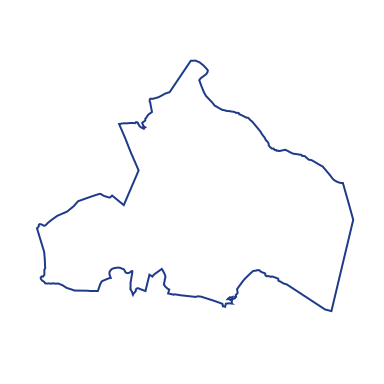 the district of Lagunillas, Michoacán, Mexico, rotated 85°
{"feature_id": "50627088B97893950433241", "entity_name": "Lagunillas", "entity_type": "district", "adm_level": 2, "iso_a3": "MEX", "parent_name": "Mexico", "parent_adm1": "Michoacán", "projection": "orthographic", "projection_center": [-101.412, 19.573], "detail": "fine", "context": "isolated", "style": "outline", "palette": "blue", "viewbox_px": 384, "rotation_deg": 85, "n_neighbors": 0, "source": "geoboundaries", "source_scale": "gbopen_adm2", "svg_char_len": 5914}
<svg xmlns="http://www.w3.org/2000/svg" viewBox="0 0 384 384"><g transform="rotate(85 192 192)"><path d="M214.6,349.6L238.8,344.5L245.8,344.5L255.1,344.9L256.7,345.9L259.8,346.1L261.9,346.4L263.4,348.0L263.0,349.1L264.0,350.2L265.4,350.1L267.1,349.1L268.6,347.1L270.2,346.2L270.6,344.0L270.6,342.4L271.0,340.6L270.9,338.9L271.1,337.2L271.5,335.8L271.5,333.3L273.5,329.3L275.7,326.4L276.6,325.3L277.7,322.6L279.0,319.6L279.9,317.8L280.9,308.2L281.3,304.0L281.7,302.7L282.1,298.2L282.4,294.4L275.5,291.3L273.0,289.5L270.6,282.0L270.6,280.5L269.1,280.8L267.2,281.3L265.9,281.4L264.2,281.0L263.0,280.0L262.1,279.1L261.6,278.1L261.1,276.5L261.0,275.0L260.9,273.6L260.9,272.0L261.0,271.2L261.5,270.0L262.0,268.8L262.8,267.2L263.4,266.4L264.1,266.1L264.8,265.8L265.9,265.4L266.5,264.9L266.9,264.3L267.2,263.4L267.2,262.4L266.9,261.3L266.0,259.8L265.7,259.2L265.5,258.8L265.6,258.4L266.0,258.3L268.6,258.9L277.7,261.3L279.1,261.2L280.4,261.5L282.7,261.6L283.3,261.9L284.0,261.5L287.3,260.1L288.8,260.0L289.3,259.8L288.7,259.5L288.2,259.1L287.8,258.7L287.0,257.9L286.2,256.9L285.4,256.6L284.4,256.5L283.8,256.0L283.5,255.7L283.2,255.1L283.2,254.7L283.2,254.3L283.2,254.0L283.3,253.6L283.7,253.1L286.6,247.0L270.7,241.6L272.8,238.8L271.7,237.9L270.7,236.7L266.6,229.8L266.0,228.8L267.6,228.0L270.5,226.7L272.3,226.2L273.3,225.9L273.9,225.9L274.5,225.9L275.0,226.0L275.6,226.4L276.8,226.7L277.1,226.8L278.9,227.2L279.4,227.4L281.5,228.0L281.8,228.1L282.0,227.7L282.5,227.6L283.9,226.9L285.0,225.8L285.8,225.1L286.7,224.0L287.0,223.6L287.2,223.2L287.6,223.4L291.0,224.6L292.6,219.5L292.4,219.4L292.6,218.4L292.5,217.7L293.8,212.7L296.8,197.7L296.4,195.0L296.7,193.9L297.0,192.2L302.3,179.5L306.0,171.5L308.3,171.2L308.1,170.8L308.6,170.6L309.2,169.0L306.2,168.0L306.1,165.0L306.6,162.0L306.4,162.2L302.5,161.5L301.6,158.7L301.4,158.3L300.2,158.2L300.2,157.2L298.4,157.3L296.7,155.4L292.6,155.5L286.7,150.4L283.6,147.5L280.0,143.2L276.5,138.7L276.2,138.2L276.0,137.5L275.9,136.3L275.9,135.5L275.9,135.2L275.8,134.6L275.7,134.5L275.7,134.4L275.6,134.2L275.7,133.9L275.7,133.5L275.6,132.8L275.6,132.4L276.3,131.2L276.6,131.0L276.8,131.0L277.1,130.8L277.2,130.6L277.4,130.3L277.5,130.0L278.2,128.9L278.6,128.2L278.8,127.8L278.9,127.4L278.9,127.1L279.1,126.9L279.3,126.7L279.5,126.5L279.6,126.3L279.8,126.2L280.1,126.2L280.8,126.2L281.2,126.2L281.7,125.8L281.8,125.6L281.9,125.4L282.2,125.3L282.4,125.0L282.5,124.7L282.5,124.2L282.4,123.8L282.4,123.5L282.5,122.9L282.7,122.3L282.9,121.8L283.3,121.3L283.4,121.0L283.4,120.8L283.2,120.3L283.2,120.0L283.2,119.4L283.4,118.9L284.7,116.0L285.7,114.1L285.9,113.7L286.3,113.7L286.7,113.6L287.1,113.7L287.5,113.7L287.9,113.5L288.1,113.4L288.5,112.6L289.2,111.4L289.7,110.7L290.7,109.4L291.3,108.4L292.2,105.8L320.6,69.7L322.8,63.5L233.7,33.8L214.4,37.4L196.2,40.9L196.1,42.2L195.8,43.4L195.5,44.4L194.9,45.7L194.3,46.9L193.6,47.8L193.2,48.5L192.3,49.6L191.4,50.4L190.6,51.0L188.1,52.5L178.1,59.5L175.3,63.6L172.7,67.2L171.8,68.5L171.1,69.5L170.7,70.2L170.4,70.9L170.3,71.8L170.0,72.7L169.3,73.6L168.8,74.0L168.3,74.4L168.1,74.7L167.8,75.0L167.6,75.2L167.2,75.6L166.8,75.8L166.4,76.1L166.0,77.2L165.7,78.8L165.4,79.4L164.8,79.6L164.5,79.9L164.3,80.4L164.1,82.0L163.6,83.4L163.2,85.4L162.8,87.0L162.6,88.0L162.5,88.3L161.6,89.7L160.7,91.2L159.4,93.1L158.5,94.7L158.1,95.3L158.0,95.5L158.1,96.0L158.2,96.4L158.2,96.5L158.5,99.3L158.7,100.1L158.8,101.2L158.7,101.8L158.5,102.5L158.3,102.8L158.2,103.1L158.2,103.4L158.3,103.7L158.3,103.9L158.3,104.1L158.2,104.3L157.9,104.4L157.6,104.4L157.5,104.5L157.4,105.0L157.3,105.8L157.2,106.1L156.4,106.8L156.1,106.8L155.9,106.9L155.8,107.0L155.8,108.1L155.7,108.6L155.3,109.2L154.9,109.4L154.6,109.7L154.3,110.1L153.7,110.6L153.1,111.0L152.5,111.3L152.0,111.5L151.5,111.5L150.4,111.5L150.0,111.6L149.2,112.0L148.0,112.8L147.4,113.4L146.7,114.0L146.1,114.2L145.5,114.3L145.1,114.5L143.6,115.2L142.4,116.1L140.9,117.0L139.8,117.6L138.0,118.4L136.3,119.5L134.7,120.6L131.7,122.7L127.2,125.8L125.9,127.2L123.1,129.5L122.8,130.2L122.7,130.8L122.5,131.8L121.5,133.1L119.8,135.9L119.0,137.3L118.8,138.1L118.0,138.2L117.7,138.3L117.5,138.6L117.4,139.1L117.1,139.5L117.0,140.0L117.0,140.4L117.1,141.1L116.9,141.5L116.4,142.1L116.2,142.3L115.7,143.7L115.4,145.0L115.2,146.1L114.8,147.0L114.6,148.1L114.4,149.9L114.2,150.2L114.0,151.2L113.2,153.0L113.0,153.8L112.9,154.5L112.7,154.9L111.6,156.5L111.1,157.3L109.7,159.3L109.3,159.8L108.9,160.2L108.7,160.6L108.5,161.3L107.8,161.9L107.6,162.1L106.0,163.1L104.4,164.2L97.9,169.4L97.3,169.8L96.0,170.4L93.0,171.7L90.2,172.5L87.3,173.4L84.3,174.2L81.3,175.0L80.8,174.6L79.9,173.9L79.3,173.2L78.5,171.9L76.6,168.8L76.1,167.9L75.7,167.5L75.2,167.0L74.6,166.6L74.1,166.2L73.6,166.0L72.7,165.8L72.2,165.6L69.7,167.3L66.9,169.6L63.5,173.1L61.4,177.2L61.2,181.8L90.6,205.6L91.6,210.1L94.5,216.6L95.1,219.3L95.5,221.7L95.8,223.5L95.6,224.4L95.4,225.2L95.9,225.8L96.7,226.2L97.2,226.2L97.7,226.2L98.3,226.2L99.4,225.7L100.0,225.8L108.8,224.9L111.2,228.9L113.2,230.5L114.2,231.1L114.7,232.0L115.8,232.2L116.7,232.4L117.2,233.0L117.7,233.9L118.1,234.4L118.2,234.9L118.6,235.4L119.1,235.6L120.1,235.3L121.6,234.6L122.3,234.8L122.9,233.9L123.5,233.0L124.1,234.0L124.8,234.5L124.3,235.3L123.8,236.2L123.2,237.0L122.7,237.6L121.8,238.5L120.1,239.3L119.7,239.6L118.3,239.9L117.8,240.6L117.5,241.6L118.0,242.0L118.4,242.3L118.4,243.0L117.9,247.0L117.9,250.3L117.9,251.2L117.6,253.8L117.9,258.7L132.4,253.9L147.6,249.4L160.7,245.0L165.9,243.3L199.1,261.1L188.6,271.9L189.6,273.2L190.3,274.2L190.2,275.3L188.2,280.1L187.2,281.6L186.1,282.9L185.8,284.2L187.0,289.7L189.0,297.6L191.3,306.4L195.7,310.9L200.6,318.1L204.0,328.3L207.3,333.9L210.2,338.3L211.7,339.9L212.7,341.5L212.6,342.7L211.2,344.7L210.7,346.5L211.5,347.5L212.9,347.7L214.2,348.8L214.6,349.6ZM302.5,161.5L303.4,162.4L301.8,164.9L301.8,165.7L301.2,165.1L301.4,164.8L300.2,163.4L300.7,163.0L300.1,160.7L302.5,161.5Z" fill="none" stroke="#1e3a8a" stroke-width="2"/></g></svg>